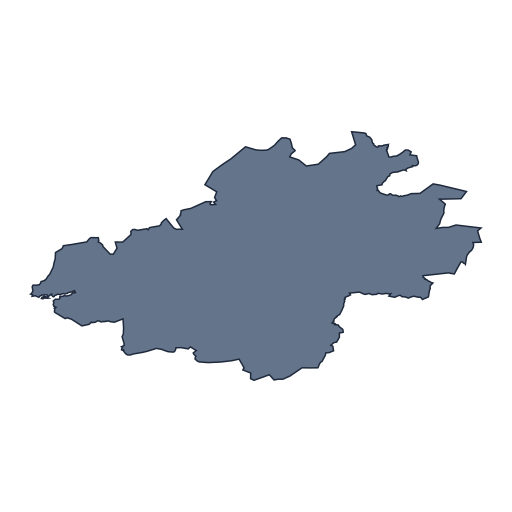 Voss nor, Hordaland, Norway (Robinson projection)
{"feature_id": "86288312B86706978449473", "entity_name": "Voss nor", "entity_type": "district", "adm_level": 2, "iso_a3": "NOR", "parent_name": "Norway", "parent_adm1": "Hordaland", "projection": "robinson", "projection_center": [6.456, 60.713], "detail": "fine", "context": "isolated", "style": "filled", "palette": "slate", "viewbox_px": 512, "rotation_deg": 0, "n_neighbors": 0, "source": "geoboundaries", "source_scale": "gbopen_adm2", "svg_char_len": 6017}
<svg xmlns="http://www.w3.org/2000/svg" viewBox="0 0 512 512"><path d="M481.3,242.2L479.8,238.4L477.6,230.9L481.0,228.0L456.0,225.0L448.5,227.4L442.8,227.4L436.2,228.4L439.6,223.8L440.8,219.3L444.0,212.9L443.8,211.9L443.8,210.1L444.1,208.0L444.5,206.6L444.7,205.4L445.3,204.7L445.3,204.1L439.5,199.2L461.0,198.7L466.5,191.5L439.9,185.1L433.1,183.9L420.0,193.4L411.3,193.6L407.1,195.2L403.2,195.9L402.1,196.5L400.4,195.9L399.8,196.4L398.8,196.6L397.8,195.8L395.5,195.1L393.7,195.4L392.2,195.0L391.2,194.1L389.8,193.7L388.0,195.1L386.3,195.0L380.7,193.1L380.0,192.7L378.2,190.3L377.1,190.4L377.6,188.2L376.8,186.9L376.9,185.7L382.0,184.8L382.4,183.2L384.4,181.2L385.2,180.9L387.8,176.6L389.7,175.8L389.9,174.1L390.1,173.8L392.8,172.4L397.8,171.9L403.2,170.0L404.7,170.1L406.2,170.7L405.9,169.9L405.9,169.3L407.9,168.0L412.7,166.6L412.8,166.2L412.5,165.7L415.9,165.7L417.4,164.8L418.3,163.6L418.4,162.7L418.3,161.7L417.0,157.5L416.7,155.8L409.9,154.8L411.2,151.9L408.6,150.3L408.1,150.1L405.5,150.0L403.9,151.1L403.4,151.7L399.7,154.3L396.5,156.0L393.3,156.3L390.9,157.0L389.1,157.0L388.6,156.6L388.3,154.7L387.5,153.2L387.4,152.0L386.7,151.3L386.8,150.8L386.4,150.1L386.5,149.7L387.3,149.4L387.5,148.9L387.3,148.8L387.5,148.0L387.1,147.7L387.9,147.1L387.9,146.8L388.3,146.3L388.3,145.2L388.0,144.8L388.2,144.5L383.7,145.2L382.4,145.9L378.5,145.9L378.6,146.3L377.7,147.2L376.3,146.9L373.6,144.7L373.5,144.4L373.6,143.7L372.5,143.0L371.7,139.5L369.6,137.1L366.7,135.9L365.9,133.5L363.8,132.9L351.6,131.7L355.6,144.8L351.6,148.4L344.8,151.6L329.4,153.4L326.8,156.6L318.3,164.2L306.3,166.0L298.7,159.9L289.7,156.9L291.3,153.8L294.8,151.0L295.1,150.5L292.3,147.7L291.4,143.4L290.0,139.2L286.2,137.9L281.6,137.9L277.9,141.4L274.4,145.4L269.2,149.0L268.1,149.6L266.0,150.2L261.1,150.3L256.0,149.9L245.5,146.8L230.7,159.0L222.7,164.3L212.9,171.5L204.9,184.7L216.7,191.8L214.6,197.6L216.5,200.7L213.6,202.1L215.6,204.4L210.9,204.8L210.0,204.0L211.3,201.6L205.7,201.7L190.8,208.4L183.8,209.8L181.0,210.8L180.9,213.1L180.3,214.2L180.3,214.7L180.6,215.1L176.5,219.8L182.4,229.3L178.8,229.2L176.6,229.4L173.7,228.0L166.1,218.6L164.0,220.2L161.5,222.7L161.3,223.0L161.4,223.8L159.6,225.8L149.5,227.6L148.1,229.8L147.0,228.7L137.5,230.3L134.7,229.4L132.6,229.6L130.8,231.4L131.1,234.2L130.7,234.8L122.7,242.1L115.3,242.0L117.0,248.2L113.3,254.2L110.1,254.1L103.1,246.7L102.5,244.8L102.0,244.5L100.9,243.3L99.3,242.4L98.5,242.3L98.2,241.4L98.8,240.7L98.3,237.7L91.0,237.6L89.5,238.6L86.7,241.9L71.7,244.5L63.4,245.7L62.1,248.6L55.5,252.5L55.2,258.7L54.1,262.6L53.2,267.2L49.7,274.3L48.2,275.9L45.9,279.4L44.8,280.1L44.7,280.5L41.0,281.6L40.6,283.2L39.2,284.8L35.9,285.2L33.1,285.1L32.2,286.7L32.9,291.1L31.3,293.8L30.7,294.1L32.6,294.9L32.1,296.3L33.7,296.1L35.0,295.7L38.9,297.3L40.0,295.9L41.1,295.6L41.9,295.0L46.7,294.8L47.5,295.4L47.5,295.8L47.8,296.0L47.7,296.5L48.0,296.5L48.9,296.1L50.1,295.0L51.1,294.9L51.0,294.3L51.4,294.2L51.3,294.5L52.0,295.1L52.6,296.4L53.4,296.8L54.0,296.6L54.9,295.4L56.1,295.1L57.3,294.3L59.0,294.3L60.0,294.8L61.6,294.0L63.4,293.6L64.6,293.9L65.6,293.9L66.1,293.5L67.1,293.5L68.2,292.6L72.4,291.7L74.0,290.6L74.5,290.7L74.6,291.6L75.3,292.1L75.5,292.6L72.4,293.0L71.9,293.7L71.9,293.9L70.8,294.9L67.9,295.8L65.9,296.0L64.2,295.6L63.0,296.3L60.1,296.5L59.7,296.9L59.9,298.3L59.3,299.0L58.3,299.3L55.4,299.2L53.2,301.1L53.9,302.5L53.2,304.5L53.8,306.1L56.0,307.3L54.2,308.2L54.8,309.0L54.4,311.8L55.0,312.5L65.1,318.6L67.3,317.8L71.6,319.3L81.9,325.9L89.2,324.3L91.4,322.1L91.8,322.6L94.5,322.4L95.7,322.0L97.5,320.9L99.5,321.0L100.2,321.7L101.1,321.9L102.0,321.8L102.7,321.4L103.7,321.7L104.5,321.6L105.6,321.2L106.0,321.2L106.1,321.4L108.6,320.9L110.2,321.7L114.4,322.2L123.0,318.9L123.6,327.9L123.3,334.1L122.1,336.7L124.3,344.3L124.0,344.8L124.1,345.4L123.9,345.7L123.1,345.9L122.9,346.4L122.5,346.3L121.4,346.8L122.1,347.3L122.2,348.2L121.7,348.7L121.5,349.8L122.4,350.3L123.6,349.9L123.8,350.5L123.6,350.8L123.7,351.3L125.7,353.8L127.5,354.9L130.2,355.0L133.6,353.9L142.0,352.5L146.8,351.4L156.5,348.4L162.3,349.5L163.1,350.0L168.1,351.7L173.1,352.1L174.5,351.6L175.6,349.6L175.9,347.8L180.9,347.6L188.2,348.9L190.3,346.9L196.3,350.5L193.2,353.0L194.0,354.5L195.9,356.1L195.1,357.9L195.1,359.1L197.0,360.8L199.0,361.9L208.2,362.6L220.8,362.0L231.9,360.7L239.1,359.1L244.1,367.9L244.1,368.2L243.3,369.0L242.9,370.0L250.7,373.0L250.6,378.7L254.0,380.3L269.2,374.8L270.4,375.9L274.1,380.0L278.1,379.2L282.9,379.2L290.0,376.0L302.0,367.8L310.4,367.9L317.9,367.8L319.3,364.4L320.5,362.3L322.0,361.5L325.4,355.1L325.8,352.9L329.1,352.6L333.6,350.8L332.8,346.2L330.8,345.3L333.9,342.6L336.6,342.1L339.4,337.3L339.4,333.0L343.2,332.3L343.2,331.9L342.8,329.4L339.2,326.6L338.3,325.0L334.7,324.6L335.3,323.8L334.6,323.4L332.3,323.2L332.1,322.9L333.9,321.4L333.9,321.0L333.5,320.9L334.3,318.8L337.1,316.6L337.2,316.4L336.8,316.4L337.9,315.4L339.6,314.6L341.8,310.4L343.7,305.9L343.7,303.7L344.7,301.4L344.5,300.9L344.5,300.3L344.3,300.0L345.0,299.4L344.9,299.2L345.0,298.9L344.8,298.8L344.6,298.2L345.3,297.9L345.3,297.3L347.9,296.1L348.7,296.0L349.4,295.2L350.5,294.9L350.1,293.6L349.6,293.1L359.4,292.1L364.1,294.2L365.5,294.4L368.8,293.5L372.1,294.7L376.7,294.3L377.8,293.3L382.4,294.0L386.2,293.4L389.0,293.9L390.7,293.7L388.9,296.1L394.7,297.3L397.8,295.9L400.1,295.2L402.0,296.7L405.2,296.9L408.4,298.1L410.6,297.1L413.6,296.2L417.8,297.1L420.4,297.3L420.8,297.5L422.4,299.5L428.4,296.9L429.5,290.3L430.2,288.9L430.1,285.9L432.9,283.0L431.0,282.5L429.6,281.4L428.5,281.2L427.1,279.9L425.1,279.3L425.3,278.8L424.8,278.7L424.8,278.3L423.8,277.8L423.7,277.4L423.0,277.0L423.0,275.7L448.3,272.9L454.3,274.0L457.8,267.4L460.9,262.0L462.7,262.0L463.2,262.8L464.1,263.4L464.9,263.6L465.4,264.3L466.6,256.5L467.3,254.9L469.6,251.9L471.5,250.4L472.6,248.6L473.2,247.2L473.5,246.0L473.6,244.6L473.4,243.5L472.9,242.5L481.3,242.2ZM48.6,298.1L46.1,296.9L43.9,296.4L42.0,297.5L41.4,298.5L43.0,298.8L44.8,297.8L45.6,298.2L46.2,298.0L47.3,298.2L48.6,298.1Z" fill="#64748b" stroke="#1e293b" stroke-width="1.5"/></svg>